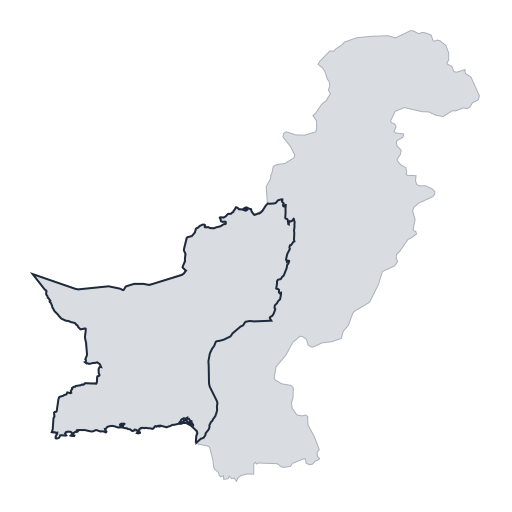 Baluchistan highlighted on a map of Pakistan
{"feature_id": "PAK-1108", "entity_name": "Baluchistan", "entity_type": "Province", "adm_level": 1, "iso_a3": "PAK", "parent_name": "Pakistan", "parent_adm1": "", "projection": "natural_earth1", "projection_center": [66.028, 28.477], "detail": "fine", "context": "in_parent", "style": "outline", "palette": "slate", "viewbox_px": 512, "rotation_deg": 0, "n_neighbors": 0, "source": "natural_earth", "source_scale": "10m", "svg_char_len": 9560}
<svg xmlns="http://www.w3.org/2000/svg" viewBox="0 0 512 512"><path d="M471.0,77.2L479.4,95.9L478.2,99.9L472.3,103.0L470.1,106.9L467.3,108.6L463.5,107.9L455.8,110.9L452.2,110.8L443.2,116.5L436.2,115.4L428.8,111.9L422.3,111.7L404.3,107.6L395.1,111.4L390.7,120.7L391.2,122.5L394.4,123.8L395.7,125.5L396.0,127.1L394.0,131.0L395.3,132.9L403.5,133.9L403.6,135.4L402.7,137.4L396.9,140.7L396.3,143.0L397.1,146.0L401.2,150.3L400.4,154.4L397.1,159.2L397.4,161.0L400.9,164.9L405.8,167.7L406.7,172.2L406.0,173.9L407.4,175.3L416.0,175.7L415.5,180.8L416.8,184.6L419.7,185.9L425.2,185.7L432.1,188.8L434.9,191.9L434.7,194.1L432.8,196.6L418.7,203.1L413.7,207.5L412.6,211.1L415.1,219.5L413.2,229.0L413.8,230.8L415.8,231.5L416.5,234.1L409.6,238.9L408.4,238.9L399.5,251.6L396.5,254.5L396.1,257.3L397.6,261.7L394.2,266.1L382.4,271.5L378.4,284.5L369.6,302.2L354.0,311.6L352.7,313.5L348.3,325.4L343.3,331.2L341.2,338.4L332.0,341.6L322.0,342.9L313.4,346.9L311.2,347.0L308.2,345.0L306.4,339.3L302.4,336.4L300.0,336.3L292.8,342.3L286.0,355.0L276.0,366.9L274.2,377.8L275.2,379.9L281.7,383.8L290.8,385.4L293.3,387.9L293.0,397.8L291.5,402.6L292.2,408.1L296.9,415.0L302.1,415.9L305.5,415.0L307.7,416.4L307.9,424.6L314.4,436.9L319.3,449.6L317.3,451.9L317.2,453.5L317.3,456.4L319.4,458.3L319.3,459.3L314.9,461.3L312.6,464.0L310.1,464.8L306.2,463.4L305.2,458.7L303.6,458.9L292.6,463.2L290.4,466.4L284.3,467.3L281.8,467.1L277.3,463.7L258.7,463.0L256.6,464.0L255.3,462.3L253.8,463.9L253.7,474.1L247.0,474.0L241.2,475.4L237.9,477.8L236.5,481.3L234.2,478.1L231.8,478.7L229.2,476.2L228.1,478.7L223.8,479.3L223.1,475.6L220.8,476.9L219.1,474.9L218.3,472.3L215.2,469.8L213.6,467.0L213.0,460.4L209.6,447.3L207.6,446.0L196.4,443.7L195.8,441.4L196.2,431.3L192.6,426.1L191.6,422.6L188.6,419.5L185.6,418.6L182.7,419.0L180.2,422.3L186.6,421.8L189.7,423.9L183.1,423.2L173.2,424.8L167.4,426.9L159.7,426.3L150.0,428.4L141.9,428.6L138.6,432.7L135.3,431.0L124.3,427.7L121.7,425.3L118.2,427.4L112.1,425.9L107.5,427.0L105.7,428.9L105.6,431.8L96.5,430.3L92.1,431.4L82.2,430.0L79.6,430.3L72.3,434.4L69.1,431.4L66.0,433.7L60.8,434.5L56.2,434.3L51.2,432.7L52.6,429.3L54.1,413.5L56.7,410.4L58.4,399.4L59.3,397.4L66.3,394.3L67.3,392.5L70.5,392.9L72.6,388.4L76.2,386.0L86.0,383.2L96.5,383.0L97.3,376.6L99.1,375.2L98.9,368.5L100.7,366.9L100.6,366.0L99.4,364.1L96.9,362.5L89.8,363.7L85.5,362.6L85.6,359.0L86.9,354.2L85.0,337.1L85.6,328.9L80.2,329.2L74.3,323.1L61.4,318.6L54.0,310.3L46.2,294.2L45.7,290.6L32.6,274.1L78.1,289.4L108.6,286.3L123.4,289.9L125.4,287.6L131.6,284.7L151.2,284.2L183.0,273.8L185.2,270.3L183.4,267.8L183.2,265.5L185.0,258.4L184.5,248.6L186.2,242.0L187.5,238.3L193.1,234.6L196.8,228.7L199.5,226.4L202.2,225.0L205.1,225.1L207.5,227.1L212.3,227.9L216.9,227.4L224.8,223.7L224.6,222.5L220.9,219.9L220.3,218.1L221.7,217.0L224.8,216.7L232.5,212.3L236.4,208.1L244.3,209.7L248.5,208.1L253.7,213.4L256.1,213.8L262.0,210.3L267.4,203.5L266.2,186.7L270.7,178.2L270.6,175.5L271.9,173.1L273.2,166.8L275.0,165.3L278.8,164.2L284.7,163.6L294.1,157.7L294.7,154.9L290.4,146.4L283.0,137.0L283.6,133.3L286.4,131.8L295.6,134.9L304.6,135.2L315.5,131.9L316.6,129.5L316.6,121.0L312.9,115.6L315.6,113.2L321.8,104.1L326.1,100.8L330.5,93.5L328.4,89.9L329.9,85.8L329.0,81.1L327.5,79.4L324.9,71.4L322.5,67.9L318.1,64.4L319.4,61.7L329.8,51.0L334.0,51.2L335.3,49.3L342.6,44.3L344.3,42.1L356.9,37.7L370.3,36.4L388.0,35.7L395.4,37.9L410.5,30.7L413.0,30.8L418.5,33.6L422.9,32.4L425.4,32.9L431.0,34.9L433.2,40.8L434.2,41.3L437.3,40.1L439.9,40.7L445.9,45.5L448.6,52.8L448.7,60.1L447.0,62.8L447.3,64.1L451.7,66.4L453.9,71.6L456.8,72.2L464.9,69.6L465.4,73.5L471.0,77.2Z" fill="#d9dde1" stroke="#a8b0b8" stroke-width="1"/><path d="M259.1,213.6L260.8,212.5L262.5,210.8L265.9,205.4L268.0,203.4L269.3,203.8L274.5,203.4L275.9,202.8L278.0,200.3L281.6,199.3L282.4,199.4L282.4,200.0L282.0,201.1L282.0,201.6L283.7,203.3L283.0,205.0L283.1,205.8L283.6,206.4L284.1,206.5L284.7,206.1L285.4,204.9L285.8,205.0L285.5,208.2L285.6,212.9L285.2,217.8L285.6,218.5L287.3,219.1L287.7,219.9L288.3,224.1L288.8,224.4L288.8,223.0L289.7,221.2L290.3,221.5L290.8,221.2L291.7,221.2L293.6,218.8L294.0,219.2L294.2,220.9L294.7,222.2L294.4,224.4L294.5,226.7L294.0,230.9L294.3,232.9L294.0,239.6L294.4,241.4L293.4,241.8L291.1,245.1L290.0,245.3L289.7,246.1L289.4,247.8L289.8,248.6L289.8,249.1L287.3,253.9L286.0,259.4L286.1,259.9L286.7,260.3L286.9,261.7L288.1,260.6L289.1,260.9L289.1,261.5L288.3,263.6L287.2,264.9L286.6,268.3L283.9,275.1L283.3,276.0L282.1,276.9L281.1,278.6L280.5,279.2L278.8,279.5L277.8,279.9L277.0,281.3L277.0,283.8L276.2,288.4L276.5,288.8L277.9,289.0L278.7,289.5L279.0,289.9L278.9,292.3L279.7,293.3L280.6,292.7L281.0,292.6L281.1,293.7L280.2,298.8L279.9,299.5L278.3,300.9L277.0,303.2L275.1,305.1L274.8,305.7L274.5,307.9L275.3,309.1L273.7,313.6L272.3,315.8L270.2,317.0L269.8,317.6L269.8,318.2L271.3,320.7L254.3,321.4L249.5,321.0L245.6,321.8L244.8,322.6L243.2,325.3L240.5,326.6L232.6,333.3L230.5,336.4L223.7,339.7L220.1,340.7L216.9,341.2L215.8,341.8L214.2,345.9L212.2,348.6L210.4,352.2L209.8,353.7L208.4,361.3L208.7,365.8L209.0,382.9L209.2,384.5L209.8,386.8L217.0,401.3L217.4,403.4L216.9,406.4L217.1,409.8L216.7,412.0L215.3,416.2L213.0,419.3L212.2,421.0L211.0,422.0L209.4,425.3L209.5,427.2L208.6,429.6L205.7,433.2L205.3,435.3L203.8,437.5L202.7,438.2L200.9,438.7L196.4,442.7L196.4,442.4L195.8,442.0L196.3,436.1L197.3,433.6L197.3,432.8L196.8,431.1L192.0,426.6L192.1,425.9L192.9,426.1L193.2,425.4L193.1,424.5L192.0,423.5L191.5,421.4L191.0,421.7L190.8,421.3L190.4,421.4L190.0,420.4L188.8,418.7L187.4,418.9L187.0,418.5L187.1,417.8L186.1,418.4L185.1,418.5L183.8,418.2L183.3,418.6L182.3,418.9L181.2,419.8L180.4,421.6L179.6,422.2L179.2,422.9L182.5,422.3L183.3,421.4L183.8,421.2L183.8,420.6L186.0,420.2L186.5,420.8L187.5,421.3L188.4,422.7L189.4,422.2L189.9,422.3L190.4,422.7L189.4,423.6L190.6,424.4L190.9,424.9L190.6,425.5L186.6,423.2L185.3,422.9L184.4,423.1L183.6,422.9L181.0,423.8L178.4,423.8L174.4,424.8L172.5,424.8L169.9,426.2L168.7,426.4L166.7,427.3L161.5,425.9L159.6,426.5L159.0,426.4L159.4,425.7L157.7,425.9L156.5,426.6L155.6,426.1L154.8,426.4L153.5,428.4L152.6,428.9L149.9,428.3L147.7,428.2L146.0,427.9L145.1,427.8L144.3,428.2L142.8,427.8L141.0,428.0L139.6,428.9L138.9,430.3L138.7,431.2L138.9,432.0L140.0,432.5L140.0,432.9L138.5,433.4L136.9,433.1L137.7,431.8L137.7,431.2L137.2,430.5L136.0,429.8L134.6,429.6L133.9,430.7L132.4,431.0L131.8,430.8L130.2,429.4L127.5,428.9L126.9,428.2L125.2,428.2L122.7,427.6L123.0,425.9L122.4,425.3L122.4,424.5L123.0,424.3L124.0,424.4L124.3,424.3L124.4,423.8L123.6,423.6L121.6,424.0L121.3,423.7L119.3,425.0L119.9,424.8L120.3,425.5L121.0,424.9L121.4,424.9L122.2,426.6L121.7,427.3L119.6,427.5L119.1,427.3L118.4,427.6L114.5,426.3L112.6,425.9L110.7,426.0L107.9,426.6L106.9,427.3L105.7,429.1L105.4,429.3L105.0,429.2L105.3,430.2L106.4,431.5L106.2,432.2L105.8,432.4L103.3,431.4L102.4,431.3L100.4,431.5L96.8,430.2L95.8,430.1L92.5,431.5L90.1,431.3L85.2,430.1L78.4,430.0L76.9,430.2L76.6,430.9L76.7,431.4L77.3,431.7L76.7,432.0L76.0,431.7L75.1,432.0L73.8,432.9L73.1,433.7L73.0,434.8L73.4,435.2L74.4,435.5L74.2,436.0L71.6,435.9L70.7,435.6L71.6,434.8L72.3,434.6L72.4,434.2L71.8,432.7L70.6,431.8L67.6,431.6L65.7,432.3L65.1,433.5L65.5,433.9L65.6,434.7L66.2,435.4L65.5,435.6L61.4,435.3L60.1,435.5L59.1,437.7L57.5,438.4L56.5,438.5L55.7,438.3L55.5,437.7L55.9,436.6L55.7,436.2L56.6,435.1L56.8,434.0L57.3,433.1L57.3,432.6L56.8,432.7L56.4,433.1L54.8,432.2L51.8,432.1L52.7,429.3L53.5,418.2L53.8,417.4L54.4,416.7L54.4,415.5L54.0,412.9L54.6,412.0L56.3,411.7L56.7,411.2L58.4,399.4L59.0,397.4L59.7,396.8L63.1,395.8L64.7,394.8L66.4,394.4L67.3,392.4L70.6,393.2L71.3,392.8L70.8,390.9L72.2,389.0L72.0,388.0L73.9,386.8L75.0,386.8L75.6,386.0L80.6,385.3L81.9,384.5L82.7,384.8L83.6,384.6L84.3,384.2L84.8,383.3L85.1,383.2L94.0,383.6L94.8,383.4L96.0,383.8L96.6,383.2L96.9,381.8L97.2,376.9L97.4,376.3L99.0,375.9L99.4,375.5L99.5,374.8L98.7,373.1L98.6,368.9L99.5,367.2L100.0,366.9L101.1,367.1L99.8,364.2L97.1,362.3L95.3,362.9L93.7,362.9L89.1,363.9L87.4,363.2L86.6,363.5L84.9,362.1L85.6,361.8L86.0,360.9L85.9,360.0L85.3,359.3L86.8,355.7L87.0,354.3L86.1,343.0L84.9,337.3L85.8,330.0L85.7,328.8L85.1,328.4L80.5,329.4L78.2,327.0L77.4,325.3L76.2,324.7L75.4,323.4L74.6,322.9L70.9,322.1L68.6,321.0L65.8,320.7L61.5,318.7L58.8,315.9L57.7,314.3L54.8,311.5L54.0,310.4L53.2,308.6L52.4,307.6L52.1,305.9L50.9,303.0L49.7,301.8L50.3,301.1L50.3,300.5L49.6,300.0L48.9,298.5L47.8,297.8L47.5,296.2L46.3,294.6L46.1,293.9L46.5,291.4L46.2,290.5L44.6,289.4L32.7,274.1L75.2,288.8L78.1,289.4L108.6,286.3L119.8,288.6L123.0,290.1L123.8,289.8L125.5,286.8L126.4,286.2L134.0,283.9L143.6,283.9L148.2,284.8L149.6,284.9L182.0,274.9L184.2,273.2L185.5,271.1L186.0,270.7L182.8,267.8L182.6,267.3L183.1,265.5L184.9,261.6L185.0,261.0L184.9,258.9L185.5,254.4L185.2,253.0L184.4,251.7L183.9,250.3L184.0,248.9L186.7,237.9L187.4,237.2L191.8,236.1L194.9,232.5L195.9,228.7L196.5,228.2L197.6,228.0L199.8,225.9L202.7,224.6L204.3,224.6L204.7,224.8L204.9,225.3L205.0,226.1L204.7,226.7L204.9,227.2L206.5,227.4L208.1,227.1L210.2,228.1L213.9,228.3L216.3,227.3L220.5,226.3L223.5,224.3L225.5,224.0L225.8,223.4L225.7,221.9L224.7,221.6L222.4,221.9L221.2,221.4L220.8,220.9L220.7,219.5L219.7,217.9L220.1,217.3L223.6,217.6L225.9,216.2L227.6,214.2L228.4,213.8L229.6,213.9L231.1,213.7L231.8,212.8L233.3,212.0L233.7,210.7L234.6,209.8L235.8,207.3L236.4,207.3L237.7,207.9L239.0,209.3L241.8,209.4L245.8,210.7L247.2,209.8L247.0,209.4L244.2,209.3L243.7,209.1L243.6,208.7L245.3,207.6L246.6,207.4L249.1,208.7L251.1,209.2L251.6,211.5L253.6,214.3L254.3,214.9L255.4,214.7L258.1,213.5L259.1,213.6Z" fill="none" stroke="#1e293b" stroke-width="2"/></svg>